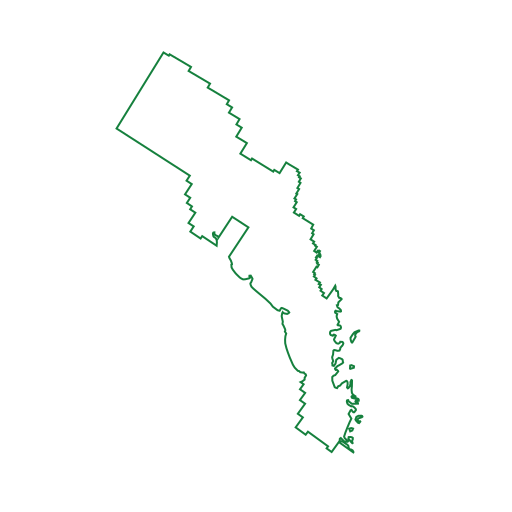 Lake and Peninsula, Alaska, United States of America, rotated 304°
{"feature_id": "52423323B73962947550277", "entity_name": "Lake and Peninsula", "entity_type": "district", "adm_level": 2, "iso_a3": "USA", "parent_name": "United States of America", "parent_adm1": "Alaska", "projection": "albers", "projection_center": [-157.475, 58.272], "detail": "fine", "context": "isolated", "style": "outline", "palette": "green", "viewbox_px": 512, "rotation_deg": 304, "n_neighbors": 0, "source": "geoboundaries", "source_scale": "gbopen_adm2", "svg_char_len": 6141}
<svg xmlns="http://www.w3.org/2000/svg" viewBox="0 0 512 512"><g transform="rotate(304 256 256)"><path d="M176.4,363.5L176.3,367.2L170.1,367.0L170.0,373.3L161.1,373.0L161.0,379.3L148.6,378.9L148.4,385.1L136.1,384.7L135.6,397.1L139.4,397.3L138.5,422.2L136.0,422.1L135.8,428.3L148.1,428.7L147.6,446.5L147.8,446.5L148.3,446.0L148.9,444.6L148.7,442.9L148.1,441.8L148.2,441.3L148.8,440.1L150.2,438.8L150.6,437.5L150.6,431.1L149.2,429.2L149.5,428.7L151.4,427.7L152.5,428.1L151.9,431.3L151.7,431.9L151.7,433.0L153.0,435.6L153.5,435.9L154.0,435.9L154.3,435.4L154.1,434.4L154.6,431.4L155.6,430.0L159.8,428.8L165.2,427.6L170.8,426.5L174.5,426.0L176.8,421.1L181.1,420.7L181.8,421.2L181.5,421.7L180.9,424.0L181.0,424.3L181.4,424.8L184.0,425.0L184.8,424.5L185.4,422.5L185.5,421.1L185.5,420.4L185.3,419.8L185.0,419.2L184.6,419.0L184.4,415.9L184.7,414.4L186.0,412.8L187.1,412.2L188.1,412.9L188.1,413.0L187.4,413.6L187.1,418.0L187.2,418.3L190.6,423.1L191.0,422.9L191.2,422.4L191.3,421.1L190.8,420.5L191.0,419.8L192.0,419.6L192.3,419.7L193.2,421.8L193.4,422.1L193.7,422.0L194.5,421.3L194.7,420.6L194.3,419.0L193.1,417.7L192.2,415.3L192.1,414.9L192.6,414.0L192.9,413.8L193.5,413.9L193.8,414.3L193.6,414.9L194.1,416.7L195.1,417.1L195.3,417.0L195.3,413.8L196.2,412.0L198.6,410.0L201.7,408.3L206.5,405.2L206.7,404.5L206.6,404.4L204.2,404.8L203.6,405.5L200.6,406.7L198.0,406.4L197.6,406.1L197.9,405.0L201.1,403.6L202.6,402.4L203.1,401.4L203.0,400.6L198.4,398.4L197.8,398.4L195.4,398.1L194.1,397.0L191.8,397.1L191.3,395.4L191.3,394.6L191.5,394.3L195.3,389.0L198.3,386.9L200.1,387.2L201.6,388.3L206.3,388.7L206.6,388.3L206.9,386.6L206.1,385.8L206.6,384.6L206.9,384.4L210.3,385.1L211.9,386.0L215.3,387.6L216.4,387.8L216.9,387.2L218.4,385.8L218.6,385.0L218.2,382.7L217.8,381.6L214.9,380.6L211.2,382.1L208.4,382.0L208.0,380.6L209.0,379.9L209.8,379.0L212.1,378.8L213.3,377.1L214.7,375.7L217.4,375.0L220.8,373.1L221.8,373.4L222.5,375.0L222.7,375.9L223.1,376.8L224.3,378.1L225.8,377.9L227.0,377.3L229.4,377.5L229.7,377.7L231.3,377.6L232.5,377.2L233.0,376.3L233.1,375.7L232.0,373.8L230.9,374.0L229.5,373.4L229.2,373.0L228.7,371.4L229.4,368.9L230.0,367.8L230.5,367.3L234.6,366.7L234.7,366.0L234.4,364.5L233.7,364.2L233.2,364.4L232.8,364.2L232.7,363.8L232.3,362.1L232.8,361.0L233.7,360.3L234.9,359.9L235.9,360.1L239.1,363.1L239.4,363.7L239.4,364.1L239.7,364.4L242.9,366.8L243.6,366.7L244.5,366.3L245.3,365.1L245.3,364.3L244.4,362.8L244.5,362.1L247.9,361.7L249.4,358.4L250.2,357.4L251.3,356.4L253.3,355.8L253.3,353.3L253.9,352.7L254.9,352.5L255.3,352.7L255.2,353.4L255.6,354.1L257.1,357.1L257.6,357.4L258.4,356.8L258.7,356.3L259.1,354.2L259.1,352.5L259.3,352.0L260.4,350.6L261.3,351.4L263.6,350.2L268.1,351.1L268.4,350.8L268.4,349.5L267.8,348.4L268.8,346.4L269.8,345.9L272.5,343.7L272.4,343.0L272.3,342.6L271.9,342.2L272.7,340.7L275.2,339.0L275.7,338.3L271.2,338.6L260.3,338.3L260.3,333.0L263.3,333.1L263.3,328.9L265.3,328.9L265.4,325.9L268.4,325.9L268.3,324.8L267.9,324.8L267.8,323.7L269.8,323.8L269.5,318.6L271.3,318.7L271.4,315.4L273.4,315.5L273.4,314.4L274.7,314.4L274.7,312.3L281.0,312.1L281.0,313.2L283.9,313.0L283.9,310.9L285.0,310.9L285.0,309.7L286.2,309.6L286.2,307.6L288.5,307.5L288.4,306.5L290.7,306.5L290.8,309.7L292.0,309.6L291.9,308.5L292.9,308.5L292.8,307.4L293.8,307.4L293.8,306.3L295.8,306.3L295.8,305.3L294.7,305.3L294.7,304.2L292.7,304.3L292.7,301.4L297.7,301.3L297.6,299.2L298.4,299.2L298.3,296.2L300.4,296.2L300.3,291.9L306.2,291.6L306.2,289.8L309.7,289.6L309.6,286.4L314.0,285.9L313.5,273.6L315.5,273.5L315.3,269.2L313.4,269.3L313.2,263.1L317.4,263.0L317.3,259.9L323.4,259.7L323.3,257.7L325.3,257.6L325.2,255.7L330.4,255.6L330.3,254.5L335.6,254.3L335.5,252.3L341.5,252.0L341.5,250.0L345.4,249.8L345.3,247.7L346.5,247.7L346.4,245.6L349.5,245.6L349.2,242.5L351.1,242.5L350.5,232.7L350.4,228.7L337.9,229.2L337.6,223.0L335.6,223.1L334.6,198.2L332.6,198.3L332.1,185.8L344.5,185.3L343.9,172.9L354.4,172.4L354.1,166.2L360.3,165.8L359.7,153.4L365.8,153.1L365.5,146.9L370.0,146.6L368.6,121.8L373.2,121.5L371.7,96.7L376.4,96.4L374.9,71.6L373.3,71.7L373.0,65.5L283.7,69.1L285.6,156.2L279.6,156.3L279.7,162.5L267.4,162.7L267.5,168.9L261.3,169.0L261.3,175.2L257.9,175.3L258.0,181.5L245.6,181.6L245.7,187.8L239.5,187.9L239.5,200.3L242.4,200.3L242.5,217.6L245.4,216.0L247.2,214.5L248.3,212.7L248.3,210.3L248.6,209.6L249.7,208.4L250.8,207.6L251.7,207.6L252.3,208.3L251.1,209.1L250.6,210.7L251.0,213.3L250.5,214.3L250.1,214.6L275.2,214.3L275.5,233.7L240.3,234.0L239.4,235.2L238.2,237.7L236.5,240.0L235.7,240.7L235.1,240.4L233.0,242.0L232.7,242.4L231.7,244.4L230.3,248.5L229.9,250.2L229.1,254.6L229.1,256.5L229.4,258.4L230.6,260.0L233.4,262.6L234.1,263.1L234.7,263.1L235.4,261.9L236.0,261.6L236.8,262.6L235.6,265.1L235.1,265.9L231.4,266.7L230.7,266.6L229.9,266.8L229.1,267.7L228.0,269.4L227.5,271.9L227.0,275.9L225.8,287.7L224.7,294.6L223.4,298.3L223.1,304.2L223.8,306.2L224.1,306.3L225.3,306.0L227.1,306.1L227.4,306.5L227.8,308.3L228.4,312.6L228.4,313.2L227.8,315.1L226.8,315.0L225.4,314.2L224.2,311.5L224.1,310.1L224.3,309.6L223.3,309.7L220.7,310.8L220.2,311.2L216.5,315.0L214.5,315.9L213.6,317.8L211.5,321.2L210.5,322.0L209.5,322.2L208.6,324.4L206.0,325.2L202.9,326.9L199.9,329.1L196.5,332.9L193.9,336.3L190.7,340.8L186.5,347.4L185.1,350.5L184.2,354.9L184.7,356.1L184.4,357.7L185.5,360.0L186.2,360.7L185.7,361.8L185.7,363.4L185.0,364.3L182.3,364.4L180.7,365.4L178.0,364.5L176.4,363.5ZM238.1,383.1L237.9,384.0L238.1,384.2L244.3,383.8L245.0,383.6L245.3,382.9L246.1,382.3L246.5,382.2L248.8,382.3L250.3,382.9L250.8,383.4L251.5,383.6L252.0,383.3L251.9,383.0L251.3,382.5L247.9,380.3L245.1,380.0L241.0,380.1L239.5,381.3L238.1,383.1ZM174.8,433.8L175.1,434.9L177.0,435.1L177.2,434.6L176.1,433.7L176.9,431.8L178.5,431.6L181.5,433.9L182.3,434.1L182.7,433.5L182.6,432.8L180.8,430.3L178.8,429.2L176.0,429.9L175.5,430.9L174.8,433.8ZM155.0,438.8L154.5,441.3L156.3,439.0L158.0,438.8L159.3,438.0L159.4,437.2L158.9,435.7L157.7,434.1L156.3,434.7L155.0,438.8ZM215.2,396.9L215.2,397.3L218.1,399.6L219.4,398.9L218.9,396.2L217.9,395.3L215.2,396.9ZM164.9,429.9L163.3,432.2L165.2,433.4L167.2,433.0L166.8,431.5L166.0,430.6L164.9,429.9Z" fill="none" stroke="#15803d" stroke-width="2"/></g></svg>